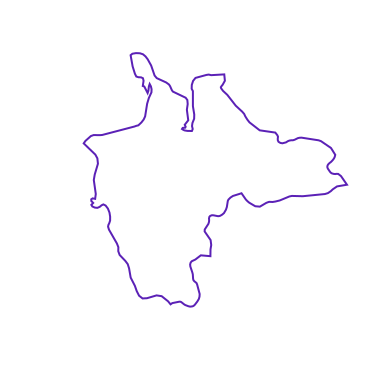 the District of Bheri, rotated 33°
{"feature_id": "NPL-1124", "entity_name": "Bheri", "entity_type": "District", "adm_level": 1, "iso_a3": "NPL", "parent_name": "Nepal", "parent_adm1": "", "projection": "mercator", "projection_center": [81.774, 28.487], "detail": "fine", "context": "isolated", "style": "outline", "palette": "violet", "viewbox_px": 384, "rotation_deg": 33, "n_neighbors": 0, "source": "natural_earth", "source_scale": "10m", "svg_char_len": 3143}
<svg xmlns="http://www.w3.org/2000/svg" viewBox="0 0 384 384"><g transform="rotate(33 192 192)"><path d="M235.2,297.9L231.5,296.7L223.3,295.9L218.6,298.0L212.1,305.6L208.5,308.2L204.1,307.8L199.6,305.2L195.2,301.8L187.2,297.2L180.8,290.3L177.4,287.5L173.6,286.1L165.6,284.2L162.4,281.8L160.3,278.4L157.1,276.1L142.9,268.8L140.5,266.8L139.8,265.1L139.6,263.3L138.9,260.6L136.8,257.3L134.0,254.2L130.5,251.7L126.9,250.4L124.4,250.7L123.4,252.4L122.7,254.7L121.3,256.8L119.0,258.0L116.3,258.4L114.6,257.6L115.1,255.0L112.5,254.4L111.5,253.0L112.1,251.5L114.5,250.5L112.4,246.1L103.1,235.4L100.9,230.3L97.7,219.5L94.3,215.3L90.6,213.3L74.7,210.2L74.8,207.2L76.7,200.2L78.5,197.8L83.8,194.5L85.7,193.0L108.1,168.4L109.2,166.9L110.7,165.3L111.7,161.2L112.0,157.5L111.5,154.1L106.3,142.4L104.6,136.6L103.7,130.5L102.1,127.8L100.0,125.8L97.7,124.5L98.3,126.8L100.3,130.9L100.9,133.2L94.5,129.5L93.0,129.9L90.8,125.1L88.9,123.3L86.8,123.6L84.6,124.9L82.4,125.5L79.7,123.9L73.8,119.0L66.0,110.7L66.7,108.5L69.4,106.0L72.8,104.0L75.9,103.2L79.1,103.6L82.5,104.8L88.9,108.2L97.2,114.7L100.4,115.7L110.7,114.2L114.2,114.4L116.0,115.2L119.7,117.6L121.3,118.2L135.3,116.4L138.0,117.4L140.5,120.6L142.9,125.8L149.8,133.9L149.3,139.6L151.1,140.7L151.3,141.7L149.3,143.3L149.3,144.6L150.9,144.6L152.2,144.4L154.8,143.3L158.7,140.9L158.3,138.8L156.1,136.7L154.8,133.9L153.9,129.4L151.7,125.8L146.0,119.5L137.8,106.9L135.5,105.6L133.5,102.3L132.4,98.2L132.8,94.4L140.4,85.9L142.1,84.4L144.4,83.6L155.0,75.8L159.0,80.8L159.3,85.4L159.1,87.1L159.1,88.4L160.0,89.2L163.0,90.3L168.7,91.3L181.7,95.8L190.4,97.3L193.2,98.1L195.6,99.6L199.1,101.2L202.3,102.3L215.2,103.4L229.5,96.8L232.7,97.9L233.4,98.4L233.9,98.7L234.0,98.8L235.0,100.8L235.9,102.0L237.3,102.8L239.4,102.7L241.3,101.9L243.8,99.2L244.7,97.2L245.7,95.8L247.0,94.6L248.5,93.6L249.6,92.3L251.5,89.1L252.7,87.9L254.2,86.8L270.0,79.7L272.5,79.1L284.6,79.4L291.9,82.8L292.6,84.9L292.8,86.5L292.7,88.3L292.4,90.1L292.1,91.4L291.6,92.7L291.2,94.5L291.2,95.6L291.5,96.7L292.2,97.7L293.2,98.4L296.5,99.8L297.8,100.2L299.2,100.2L301.1,99.6L302.4,98.9L302.5,98.8L303.1,98.2L304.8,97.2L308.3,97.5L318.0,101.5L310.6,108.3L308.6,113.1L308.0,115.6L306.6,118.9L304.6,121.3L287.2,135.2L277.9,140.9L276.1,142.7L270.2,151.3L267.0,154.7L265.0,156.5L262.1,158.2L261.2,159.3L260.2,160.7L256.9,167.3L252.8,169.5L245.8,169.8L243.5,169.5L241.3,169.0L234.2,166.1L228.5,173.0L227.3,175.7L226.7,178.5L226.9,180.0L229.4,185.6L230.1,188.3L230.3,192.3L229.6,194.6L228.6,196.6L227.6,197.7L226.8,198.2L222.8,199.8L221.4,200.6L220.3,202.1L220.1,203.4L220.7,205.0L221.6,206.1L222.5,207.7L223.1,209.8L223.1,216.5L224.1,218.2L233.8,222.2L237.0,226.0L238.8,230.1L242.4,235.8L233.9,240.3L231.6,246.8L229.5,250.2L229.3,251.9L229.9,253.8L231.2,255.4L236.1,259.3L237.5,260.6L240.2,264.2L241.3,265.2L242.6,265.6L243.9,265.7L245.4,265.9L246.7,266.8L254.0,273.4L255.3,275.7L256.0,278.0L256.1,281.0L255.8,284.9L255.6,285.8L255.3,286.7L254.8,287.5L253.7,288.5L252.8,289.2L251.1,289.8L247.8,290.5L246.4,290.5L243.4,290.2L242.6,290.2L241.7,290.5L241.0,291.0L236.0,295.9L235.2,297.9L235.2,297.9Z" fill="none" stroke="#5b21b6" stroke-width="2"/></g></svg>